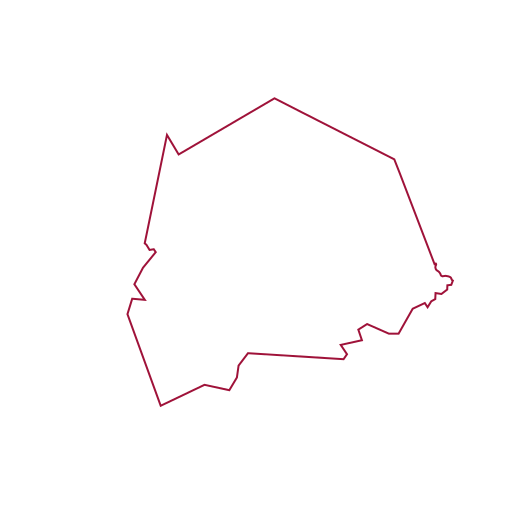 Warren, Kentucky, United States of America (Robinson projection), rotated 141°
{"feature_id": "52423323B42850275456699", "entity_name": "Warren", "entity_type": "district", "adm_level": 2, "iso_a3": "USA", "parent_name": "United States of America", "parent_adm1": "Kentucky", "projection": "robinson", "projection_center": [-86.485, 36.983], "detail": "fine", "context": "isolated", "style": "outline", "palette": "rose", "viewbox_px": 512, "rotation_deg": 141, "n_neighbors": 0, "source": "geoboundaries", "source_scale": "gbopen_adm2", "svg_char_len": 1040}
<svg xmlns="http://www.w3.org/2000/svg" viewBox="0 0 512 512"><g transform="rotate(141 256 256)"><path d="M252.9,120.7L247.1,122.4L246.1,133.6L226.7,123.9L222.8,134.4L212.5,133.2L201.6,112.0L194.1,105.9L167.4,116.4L154.4,113.2L154.9,108.2L148.3,110.5L143.8,109.7L139.8,114.2L135.8,109.8L128.5,109.6L125.7,112.8L122.4,110.7L118.5,113.0L118.8,113.9L118.7,114.7L118.4,115.5L118.2,116.6L118.3,117.2L118.7,118.1L119.3,119.1L121.0,121.1L121.8,121.7L123.9,122.9L124.5,124.3L124.4,124.9L123.9,126.3L123.8,127.4L123.8,128.6L124.0,129.5L124.5,131.0L124.6,132.2L124.4,133.0L123.7,134.4L122.8,135.2L122.1,135.5L121.2,136.2L121.0,136.9L121.6,137.5L122.3,137.5L92.3,229.5L87.7,244.1L122.5,322.1L125.4,328.7L130.0,338.9L142.4,366.9L252.2,383.6L249.0,406.1L293.9,369.2L327.4,341.7L334.5,335.9L334.1,333.6L334.9,327.7L331.2,325.6L331.5,322.1L351.2,318.0L368.3,310.6L370.0,291.9L379.1,300.7L392.5,291.7L407.5,248.3L424.3,199.6L377.1,188.3L361.2,168.5L347.3,173.6L338.5,181.8L323.4,185.5L252.9,120.7Z" fill="none" stroke="#9f1239" stroke-width="2"/></g></svg>